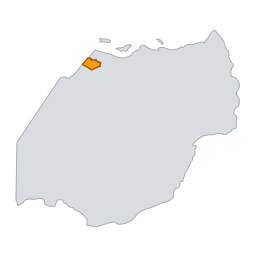 location of Lushoto, Tanga, United Republic of Tanzania, rotated 271°
{"feature_id": "72390352B30242417713864", "entity_name": "Lushoto", "entity_type": "district", "adm_level": 2, "iso_a3": "TZA", "parent_name": "United Republic of Tanzania", "parent_adm1": "Tanga", "projection": "natural_earth1", "projection_center": [38.469, -4.546], "detail": "fine", "context": "in_parent", "style": "filled", "palette": "amber", "viewbox_px": 256, "rotation_deg": 271, "n_neighbors": 0, "source": "geoboundaries", "source_scale": "gbopen_adm2", "svg_char_len": 5373}
<svg xmlns="http://www.w3.org/2000/svg" viewBox="0 0 256 256"><g transform="rotate(271 128 128)"><path d="M93.1,191.1L90.2,189.3L87.6,188.3L85.4,187.1L84.4,185.9L82.4,185.5L80.7,185.3L79.0,184.2L75.7,183.8L75.3,183.1L75.3,181.5L74.7,181.1L73.5,180.7L72.2,180.7L71.4,180.9L70.9,180.8L69.8,179.8L68.8,178.6L68.4,176.7L66.9,175.5L65.1,174.5L60.2,174.6L59.5,174.3L58.3,173.4L56.9,171.8L55.8,170.0L54.8,167.5L53.8,164.1L48.2,150.8L47.6,148.3L46.5,145.5L44.7,142.1L42.8,139.5L40.2,137.2L37.2,134.9L35.7,133.4L32.6,127.1L32.0,124.2L31.5,121.1L31.7,119.9L33.6,116.0L33.7,114.9L33.5,113.4L32.6,110.2L31.4,106.5L29.0,99.6L28.6,97.8L28.7,96.5L30.0,89.5L30.0,88.5L35.6,88.7L39.7,85.6L43.3,81.0L44.0,79.1L45.4,76.1L46.9,74.7L47.4,73.7L48.2,70.7L50.1,68.7L51.9,67.2L51.5,66.1L51.8,65.7L52.8,64.9L54.7,64.2L55.1,62.7L55.1,60.9L54.8,60.0L54.8,58.9L54.5,58.2L53.3,58.1L51.4,57.2L49.8,56.8L48.7,56.3L48.3,55.9L48.2,54.9L49.0,52.2L48.2,51.1L50.1,46.7L50.5,46.1L51.2,46.1L52.3,45.6L53.3,45.4L54.2,45.5L54.8,45.4L55.4,44.9L55.8,43.4L56.2,40.8L56.0,38.8L55.2,37.2L55.0,34.8L55.3,31.5L55.1,28.8L54.2,26.7L53.2,25.4L51.8,24.8L49.6,21.5L48.9,19.9L49.1,18.9L49.8,18.5L51.2,18.6L52.6,18.2L53.8,17.3L55.0,17.1L55.6,17.2L111.7,17.2L177.2,59.5L177.4,60.0L178.0,63.6L177.8,64.9L176.8,67.0L176.5,68.1L176.5,68.8L176.8,69.1L177.6,69.2L178.4,69.7L178.6,70.1L179.2,71.7L179.9,72.5L204.8,93.2L205.4,93.5L205.0,95.3L203.6,99.5L203.5,101.3L203.0,103.3L202.4,104.7L201.0,110.6L199.8,112.9L198.2,118.1L197.9,122.0L198.8,124.8L199.1,127.4L201.1,130.0L202.6,130.9L203.6,132.1L205.5,134.8L206.5,137.5L209.8,138.8L211.1,141.8L210.6,143.9L209.1,145.6L207.7,148.3L206.5,152.0L206.5,157.6L207.3,156.7L209.0,158.1L209.2,162.2L207.4,167.0L206.9,169.2L206.8,171.2L208.1,176.9L210.1,179.8L209.9,180.7L209.4,181.5L212.8,186.7L212.5,191.2L213.8,194.6L214.3,197.7L215.1,200.0L215.3,201.6L214.3,203.4L216.7,203.8L218.2,205.3L218.9,206.7L220.6,206.6L221.6,207.6L223.0,208.4L226.1,210.7L226.9,211.9L227.4,213.0L218.9,220.4L215.9,222.3L213.7,223.2L211.4,223.6L209.2,224.8L207.1,226.6L204.4,227.5L201.1,227.6L197.7,228.8L192.3,232.6L189.2,230.5L186.7,229.9L183.9,229.9L182.2,230.2L181.5,230.6L181.0,231.9L180.5,234.1L178.7,236.1L175.4,238.1L172.4,238.8L169.7,238.3L167.8,237.5L166.9,236.4L165.4,235.8L163.6,235.9L161.8,236.7L160.0,238.3L157.3,238.9L153.5,238.7L151.5,238.0L151.2,236.7L149.5,235.2L146.5,233.5L144.2,233.5L142.8,235.1L141.5,236.1L140.3,236.6L139.3,236.6L137.7,236.2L133.5,236.0L129.6,236.1L129.2,233.7L128.3,232.2L127.6,231.4L126.3,231.2L125.9,230.5L125.4,229.0L124.7,227.8L123.8,226.7L123.3,225.8L123.1,224.9L123.2,223.9L124.1,221.5L124.3,219.8L124.2,218.1L123.8,216.3L122.8,214.3L122.9,213.7L122.6,212.2L122.6,211.2L122.7,210.0L122.6,208.4L121.7,204.9L121.7,204.0L120.9,202.3L118.2,198.3L118.1,197.8L113.9,193.8L112.3,192.9L111.7,193.7L111.5,194.4L111.6,195.7L111.5,196.3L111.4,196.6L110.4,196.5L109.8,196.4L108.2,195.3L107.0,195.1L104.0,195.3L102.9,195.5L102.1,195.3L100.5,193.4L98.6,193.0L96.9,192.9L94.1,190.9L93.1,191.1ZM210.2,124.2L211.6,128.6L211.4,129.4L210.5,129.9L210.0,130.0L209.4,129.3L208.9,127.8L208.2,128.1L207.0,126.4L205.7,126.3L204.6,124.2L205.1,122.3L204.8,119.2L206.2,117.6L206.9,114.8L207.8,116.7L208.0,119.6L209.1,123.0L210.2,124.2ZM216.8,98.0L216.9,99.0L216.7,100.0L216.7,103.1L216.6,105.2L215.6,108.1L214.8,109.1L214.0,108.8L213.4,108.3L212.9,107.5L213.9,102.3L213.4,98.4L215.3,98.8L216.8,98.0ZM214.1,161.5L213.1,161.8L212.7,161.5L212.1,160.7L213.2,159.9L214.1,158.5L216.5,156.4L217.5,154.7L217.4,156.3L216.1,159.9L215.0,160.2L214.1,161.5Z" fill="#d9dde1" stroke="#a8b0b8" stroke-width="1"/><path d="M185.6,91.3L185.8,91.5L186.1,91.8L186.4,92.2L186.5,92.4L186.8,93.0L186.9,93.3L187.0,93.7L187.1,93.8L187.2,94.2L187.3,94.4L187.4,94.5L187.5,94.7L187.7,94.9L187.8,95.3L188.0,96.1L188.1,96.3L188.2,96.5L188.3,96.5L188.4,96.8L188.5,96.9L188.5,97.0L188.7,97.3L188.8,97.4L188.8,97.5L188.9,97.8L188.9,98.0L189.0,98.1L189.0,98.3L189.0,98.5L189.1,98.8L189.2,99.0L189.4,99.1L189.5,99.1L189.8,99.0L190.0,99.0L190.3,99.0L190.5,99.0L190.8,99.0L191.0,99.0L191.2,98.9L191.3,98.9L191.5,99.0L191.8,99.0L192.0,99.3L192.3,99.4L192.3,99.5L192.5,99.6L192.7,99.4L192.8,99.3L192.9,99.2L193.0,99.1L193.0,98.9L193.1,98.7L193.1,98.4L193.3,98.2L193.4,97.9L193.5,97.7L193.6,97.4L193.6,97.1L193.7,96.9L193.7,96.7L193.7,96.4L193.7,96.2L193.8,96.2L194.0,96.1L194.2,95.9L194.3,95.8L194.3,95.7L194.4,95.4L194.5,95.4L194.5,95.2L194.7,94.9L194.7,94.7L194.8,94.7L195.0,94.5L195.0,94.4L195.2,94.2L195.3,94.3L195.3,94.2L195.4,94.3L195.5,94.3L195.8,94.4L195.8,94.2L195.7,94.1L195.6,93.9L195.5,93.7L195.4,93.5L195.4,93.4L195.4,93.2L195.4,92.9L195.4,92.7L195.4,92.4L195.3,92.2L195.3,91.9L195.3,91.7L195.3,91.4L195.3,91.2L195.3,90.9L195.3,90.7L195.3,90.4L195.3,90.2L195.5,90.2L195.4,90.1L195.4,89.9L195.5,89.9L195.5,89.7L195.8,89.6L196.0,89.7L196.2,89.8L196.3,89.8L196.5,89.8L196.5,89.7L196.8,89.5L196.8,89.4L197.0,89.4L197.0,89.5L197.1,89.4L197.1,88.4L197.1,87.4L197.1,86.6L194.3,84.3L193.5,83.7L192.6,82.9L192.3,82.7L191.6,82.2L191.2,81.8L190.8,81.5L190.7,81.5L190.1,82.6L190.0,82.8L189.9,82.9L189.9,83.0L189.6,83.5L189.5,83.8L189.4,84.0L189.1,84.4L189.0,84.7L188.8,85.0L188.6,85.3L188.4,85.7L187.8,86.8L187.2,87.7L187.0,88.2L186.7,88.6L186.5,89.0L186.2,89.4L186.0,89.8L186.0,89.7L185.8,90.0L185.7,90.2L185.7,90.3L185.7,90.7L185.7,90.9L185.7,91.0L185.6,91.3L185.6,91.3Z" fill="#f59e0b" stroke="#b45309" stroke-width="1.5"/></g></svg>